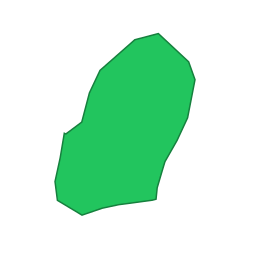 the district of Shirvan City, Shirvan, Azerbaijan, rotated 25°
{"feature_id": "54616110B45272408011177", "entity_name": "Shirvan City", "entity_type": "district", "adm_level": 2, "iso_a3": "AZE", "parent_name": "Azerbaijan", "parent_adm1": "Shirvan", "projection": "equal_earth", "projection_center": [48.921, 39.972], "detail": "fine", "context": "isolated", "style": "filled", "palette": "green", "viewbox_px": 256, "rotation_deg": 25, "n_neighbors": 0, "source": "geoboundaries", "source_scale": "gbopen_adm2", "svg_char_len": 453}
<svg xmlns="http://www.w3.org/2000/svg" viewBox="0 0 256 256"><g transform="rotate(25 128 128)"><path d="M72.5,159.7L79.2,183.9L84.5,207.4L94.6,223.4L99.6,223.9L123.1,226.4L138.5,211.6L152.0,201.4L161.0,195.7L180.6,183.1L183.5,180.7L179.7,169.8L177.0,151.9L175.7,142.9L177.7,118.6L177.7,93.6L168.3,55.9L155.0,42.4L115.6,29.6L96.9,45.1L78.3,87.6L78.2,112.5L83.6,142.2L74.2,159.7L72.5,159.7Z" fill="#22c55e" stroke="#15803d" stroke-width="1.5"/></g></svg>